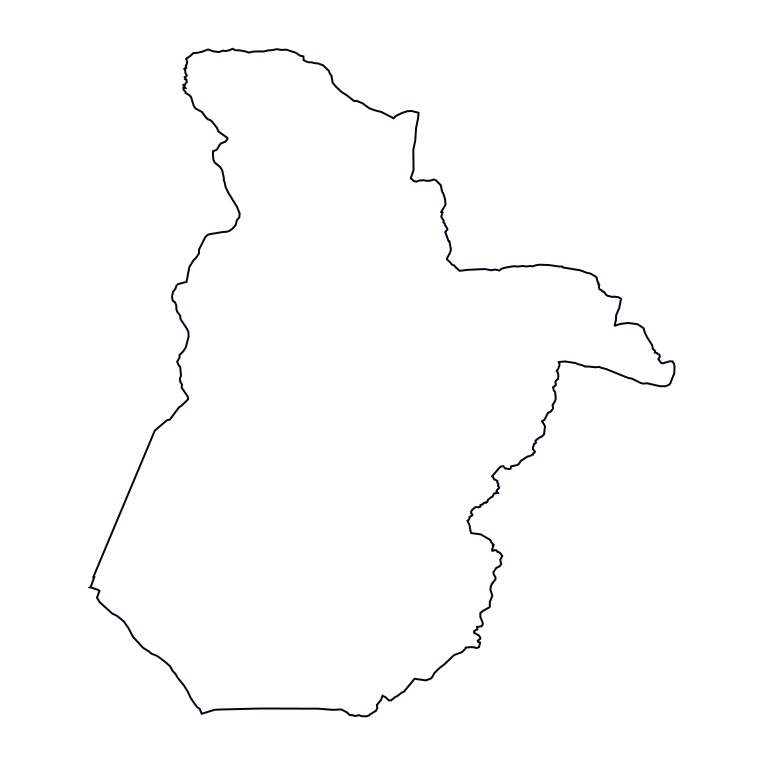 Njombe Urban, Njombe, United Republic of Tanzania, rotated 91°
{"feature_id": "72390352B92677179016540", "entity_name": "Njombe Urban", "entity_type": "district", "adm_level": 2, "iso_a3": "TZA", "parent_name": "United Republic of Tanzania", "parent_adm1": "Njombe", "projection": "equal_earth", "projection_center": [34.794, -9.468], "detail": "fine", "context": "isolated", "style": "outline", "palette": "ink", "viewbox_px": 768, "rotation_deg": 91, "n_neighbors": 0, "source": "geoboundaries", "source_scale": "gbopen_adm2", "svg_char_len": 6079}
<svg xmlns="http://www.w3.org/2000/svg" viewBox="0 0 768 768"><g transform="rotate(91 384 384)"><path d="M592.4,674.2L594.5,667.1L595.7,664.9L602.7,667.2L607.1,664.5L618.5,651.4L620.4,647.0L625.9,640.0L632.8,635.1L641.1,630.6L651.9,620.4L655.3,614.8L657.9,611.4L659.2,607.5L661.5,603.6L667.1,596.2L670.2,592.8L674.5,590.4L677.1,587.8L681.5,585.0L688.9,578.8L694.9,574.9L701.3,571.8L705.9,568.6L710.2,565.3L712.1,562.6L716.9,560.5L712.7,547.7L712.3,541.6L710.6,501.4L709.8,444.0L710.7,429.2L710.1,421.1L713.1,415.1L715.2,413.1L715.7,412.0L715.6,410.1L716.5,406.7L715.5,403.1L716.5,400.6L716.6,396.1L715.7,393.2L714.8,392.5L710.9,386.3L708.0,385.0L705.0,385.5L700.0,381.5L695.7,380.0L697.3,376.8L700.2,373.8L700.2,371.2L697.1,367.8L695.4,364.8L692.5,361.2L691.3,358.7L678.2,348.3L679.6,337.0L677.7,332.1L676.5,330.9L672.2,328.6L667.5,324.1L663.1,318.6L653.8,309.2L650.7,301.4L647.4,298.1L646.2,297.8L645.6,293.6L645.6,289.8L646.4,286.8L645.4,284.4L640.8,283.4L640.1,285.5L639.0,285.8L637.0,283.2L635.5,283.5L633.8,284.7L631.2,289.5L630.3,289.7L629.2,289.3L627.8,286.4L625.3,286.7L624.6,282.4L623.4,281.4L622.0,281.0L619.8,281.6L615.3,283.6L611.4,283.7L609.1,281.1L605.5,274.8L604.8,274.3L600.1,274.4L593.9,272.0L587.4,274.1L583.7,273.4L581.3,272.2L577.3,269.1L575.3,269.2L572.2,271.0L570.4,271.4L565.9,268.5L564.3,265.3L562.2,263.7L557.6,264.7L554.0,262.7L551.2,264.7L550.1,266.2L549.8,267.8L548.5,268.5L548.1,270.4L548.9,272.2L548.8,272.8L547.5,273.0L543.2,271.6L543.2,272.4L541.8,272.5L540.4,273.9L538.1,275.0L532.6,284.8L531.6,294.1L529.7,294.9L524.0,295.9L519.2,298.1L518.5,297.0L517.0,296.2L515.4,296.2L513.9,293.5L513.0,293.3L511.9,294.6L509.7,294.6L507.1,292.5L505.4,290.0L505.6,287.6L504.8,285.4L503.2,285.4L502.7,283.3L501.6,282.6L500.6,280.6L501.0,279.9L500.0,278.7L498.0,278.0L495.3,274.9L494.8,273.6L491.5,272.0L491.0,268.3L489.2,269.7L488.1,269.2L485.8,267.0L484.5,267.5L483.9,268.3L482.1,267.9L480.5,269.0L479.1,268.9L477.7,271.1L477.5,272.3L475.0,273.4L474.4,274.3L465.3,266.8L464.5,265.7L464.1,263.3L466.3,261.4L466.9,257.5L466.6,256.1L464.1,255.4L462.7,249.2L461.3,247.5L458.6,246.0L454.0,239.2L453.8,237.8L451.9,233.8L450.9,233.9L449.8,232.2L449.0,231.9L446.8,233.8L444.6,233.9L441.1,232.7L440.6,231.4L439.7,231.1L438.5,231.6L437.4,230.9L434.6,227.3L434.1,225.7L431.6,223.1L423.3,222.3L418.5,225.3L416.9,222.9L410.0,219.6L408.9,217.1L406.3,214.9L405.0,214.5L402.2,215.1L398.8,213.0L395.7,212.0L389.0,212.8L387.5,214.1L384.2,214.9L382.2,212.2L378.8,212.6L377.3,211.8L376.0,210.1L373.1,209.8L369.8,210.2L367.9,211.6L366.0,210.2L362.8,209.0L360.8,208.9L359.0,209.6L358.3,203.5L359.7,192.9L360.7,190.6L361.8,186.2L363.1,183.0L362.9,180.9L363.6,172.3L363.1,169.3L364.2,166.5L365.1,162.4L373.7,139.9L374.3,136.2L378.3,127.8L379.1,125.0L378.7,121.0L381.4,108.0L381.3,102.4L379.8,99.0L378.4,97.8L368.4,94.0L361.8,93.8L358.9,94.3L356.4,95.9L356.3,98.7L358.5,105.6L358.1,107.3L354.3,110.1L352.1,108.7L349.9,109.1L349.0,111.2L348.3,111.6L347.8,113.8L346.2,113.5L344.5,115.6L340.3,116.7L332.9,121.6L327.9,124.2L323.7,125.4L319.8,131.5L318.7,141.1L319.9,149.1L321.7,153.9L321.3,154.4L316.0,153.2L311.2,153.1L303.8,150.1L294.5,148.5L293.2,151.0L292.6,155.9L293.0,157.1L291.9,161.9L291.1,163.3L288.0,165.6L287.5,167.3L286.6,167.8L285.5,170.2L283.2,170.9L281.3,170.5L280.4,171.6L279.4,171.2L278.0,172.2L273.4,173.5L270.0,179.3L269.3,183.2L266.9,189.7L264.4,206.9L263.5,207.7L263.5,210.6L262.2,221.3L262.0,230.4L262.6,234.0L263.8,237.6L263.4,239.6L264.0,243.7L263.6,247.5L264.2,252.3L264.0,256.5L265.4,264.2L266.6,268.1L268.5,270.7L267.6,274.7L268.4,278.9L267.3,285.2L268.4,302.2L269.5,310.3L266.0,314.4L264.4,315.7L263.3,318.3L261.4,319.7L258.5,323.0L257.2,323.2L251.7,320.3L248.1,319.4L240.0,321.2L240.1,321.9L231.0,325.4L228.4,323.3L227.2,323.6L224.3,325.6L222.6,326.1L221.1,327.5L219.8,327.1L216.4,329.4L215.3,329.6L211.6,328.5L211.2,329.8L210.6,329.6L203.6,325.6L198.0,326.2L192.4,328.1L190.6,329.3L184.2,330.7L179.2,335.9L178.7,338.0L180.0,341.8L180.1,344.9L179.6,347.8L179.8,351.6L181.1,355.3L180.5,357.8L177.8,360.8L169.6,358.2L149.3,358.8L140.2,357.0L127.5,356.4L117.3,354.5L112.2,354.2L110.5,361.3L110.9,365.6L112.4,370.0L114.8,374.9L116.0,377.1L118.1,379.0L112.0,391.6L110.6,397.6L108.6,403.5L103.7,410.4L101.4,416.2L101.7,418.7L96.0,426.2L92.7,431.6L87.6,437.2L83.6,440.6L76.8,441.9L74.7,443.5L72.0,444.5L66.5,450.3L64.7,455.3L64.3,459.5L63.6,462.2L63.7,464.8L63.0,467.2L61.6,470.0L57.9,470.3L57.1,473.8L54.3,478.0L51.4,487.6L51.8,492.3L51.1,497.0L52.2,502.0L52.5,505.9L53.7,510.3L53.6,515.0L54.0,521.0L55.0,524.9L54.0,528.0L52.9,534.2L52.9,538.3L51.5,541.2L53.2,545.1L53.9,548.3L53.5,550.7L55.0,554.8L54.4,560.2L52.6,565.8L54.7,571.0L56.0,575.7L56.5,580.5L59.3,583.3L62.2,587.4L65.2,586.5L67.1,586.5L69.2,587.8L71.1,587.2L72.2,587.9L71.6,588.3L72.4,589.2L74.1,588.2L76.5,588.0L78.7,586.6L80.0,587.2L80.7,588.6L82.5,587.5L82.8,587.9L83.3,586.8L85.6,586.5L87.8,588.3L88.4,588.3L88.3,589.6L88.9,589.9L91.4,587.8L91.5,589.8L93.3,589.5L95.5,587.5L96.5,587.5L98.3,584.1L100.3,582.0L109.1,579.1L111.8,577.3L115.3,570.6L120.1,567.1L122.3,564.9L123.3,562.1L124.7,560.5L130.9,555.4L134.4,554.0L140.7,544.8L142.4,545.1L144.5,546.9L146.5,551.5L149.0,553.4L151.5,554.4L153.1,556.0L154.1,558.9L157.1,559.1L163.1,558.4L165.6,557.1L169.6,551.9L173.1,549.5L181.5,547.6L182.9,547.9L184.4,547.0L189.9,545.8L195.0,543.3L209.2,534.2L216.0,531.3L219.7,531.5L222.7,533.9L227.6,535.1L231.3,538.1L233.8,541.5L234.6,544.5L234.8,547.6L237.2,560.6L237.9,562.7L238.9,564.0L240.4,565.3L253.0,571.4L256.6,571.2L261.3,574.3L263.9,576.8L270.5,580.7L285.3,583.2L287.6,591.4L289.1,593.2L292.4,594.2L295.7,596.6L300.4,597.5L304.3,596.7L305.2,595.9L305.3,595.0L305.8,594.5L308.9,593.1L313.1,592.8L315.4,592.0L319.2,589.0L322.6,588.6L332.3,582.0L335.3,580.5L339.9,580.2L350.9,582.8L354.9,585.3L358.5,588.9L361.3,588.9L365.4,591.2L368.5,589.8L370.4,588.1L379.2,587.1L382.5,588.2L385.7,587.6L388.1,585.9L391.1,586.3L400.0,580.0L402.7,579.6L409.5,586.4L410.8,588.5L423.3,597.5L424.1,600.5L434.5,612.3L582.0,671.2L582.1,670.3L592.1,673.7L592.4,674.2Z" fill="none" stroke="#020617" stroke-width="2"/></g></svg>